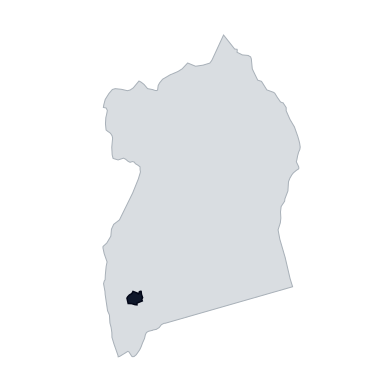 location of Buhweju within Uganda, rotated 344°
{"feature_id": "UGA-5624", "entity_name": "Buhweju", "entity_type": "District", "adm_level": 1, "iso_a3": "UGA", "parent_name": "Uganda", "parent_adm1": "", "projection": "natural_earth1", "projection_center": [30.364, -0.352], "detail": "fine", "context": "in_parent", "style": "filled", "palette": "ink", "viewbox_px": 384, "rotation_deg": 344, "n_neighbors": 0, "source": "natural_earth", "source_scale": "10m", "svg_char_len": 2592}
<svg xmlns="http://www.w3.org/2000/svg" viewBox="0 0 384 384"><g transform="rotate(344 192 192)"><path d="M262.6,310.8L257.9,310.8L250.2,310.8L242.5,310.8L234.8,310.8L227.1,310.8L219.5,310.8L211.8,310.8L204.1,310.8L196.4,310.8L188.7,310.8L181.0,310.8L173.4,310.8L165.7,310.8L158.0,310.8L150.3,310.8L142.6,310.8L135.0,310.8L130.4,310.8L129.5,310.7L128.9,310.5L126.0,311.1L123.0,313.3L119.8,314.2L116.4,313.9L116.0,314.1L114.2,314.0L111.7,313.9L109.5,314.5L107.8,316.4L106.0,319.7L102.9,323.4L100.4,326.8L98.3,329.2L93.5,333.1L90.9,334.2L89.6,334.0L88.8,333.3L87.3,328.3L86.4,327.5L77.1,330.1L75.6,330.1L75.8,328.6L75.1,316.8L75.0,309.6L76.2,305.1L76.9,299.9L77.0,295.3L78.7,287.5L78.1,282.8L80.3,266.4L80.9,263.8L81.7,255.8L83.1,253.4L84.3,252.4L85.9,247.6L89.0,239.8L91.1,235.8L90.6,227.1L91.0,221.1L91.5,219.8L96.0,217.6L101.8,212.1L104.3,205.6L107.8,201.5L114.6,198.8L134.7,176.6L144.0,164.7L148.0,158.5L148.2,156.4L149.0,153.5L147.3,151.2L145.4,149.2L144.7,147.3L143.1,146.3L140.7,146.4L139.1,145.0L137.3,142.3L135.5,140.6L129.8,140.8L125.4,138.0L125.5,134.3L127.2,126.9L130.5,118.4L130.7,116.1L130.2,114.1L129.4,112.4L127.9,110.7L126.5,108.7L127.6,102.6L129.7,96.7L131.4,93.7L133.1,90.3L132.6,87.6L130.1,86.3L131.4,83.6L134.1,79.1L139.2,74.5L143.7,71.5L146.7,71.5L152.6,73.9L157.8,76.8L160.7,76.9L164.3,75.7L171.6,70.7L173.3,72.3L175.5,75.3L177.8,80.4L182.4,82.7L184.6,84.3L186.2,84.8L187.1,84.4L188.8,80.4L190.9,78.2L194.8,75.5L203.4,73.3L209.5,72.6L212.1,72.2L216.5,70.9L223.4,66.8L230.1,72.1L237.5,73.1L244.6,73.0L246.8,71.4L248.0,70.2L255.5,61.5L265.6,49.8L272.4,66.3L274.7,67.3L274.4,68.7L273.8,70.1L278.2,74.1L283.6,76.2L285.6,78.3L285.7,80.5L283.9,90.2L284.3,92.9L286.0,102.6L289.3,104.8L292.1,114.5L297.9,118.7L298.8,119.9L300.1,124.6L301.9,129.8L303.3,131.0L304.1,131.3L305.8,136.8L304.9,139.9L306.2,149.3L308.4,157.7L309.0,167.7L309.0,172.1L308.9,174.8L308.4,178.6L307.4,180.8L305.6,182.9L303.5,186.3L301.7,189.9L300.6,191.7L301.5,197.1L301.3,198.5L300.8,199.2L298.2,200.0L294.8,201.5L292.8,202.9L289.9,205.7L287.6,208.7L284.5,217.4L279.4,224.2L278.5,226.4L273.7,230.5L271.6,235.5L270.2,241.6L268.4,246.0L264.3,252.1L263.4,261.6L263.5,280.6L262.4,302.3L262.6,310.8Z" fill="#d9dde1" stroke="#a8b0b8" stroke-width="1"/><path d="M107.9,271.3L111.6,274.1L111.9,274.8L112.3,275.3L113.0,275.1L113.3,274.5L113.5,273.8L113.9,273.4L114.9,273.2L115.7,273.5L115.2,276.5L115.4,279.9L114.1,281.4L114.2,283.0L108.5,283.6L108.0,285.3L106.2,284.6L103.1,282.6L99.9,281.6L100.2,276.1L101.2,275.1L103.3,273.8L106.2,273.0L107.9,271.3Z" fill="#0f172a" stroke="#020617" stroke-width="1.5"/></g></svg>